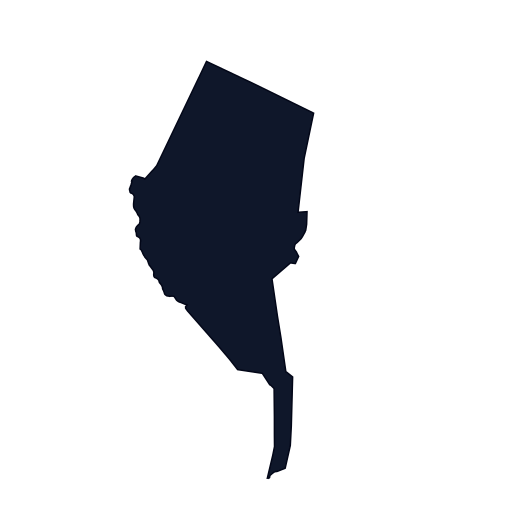 outline of Hwange Urban, Matabeleland North, Zimbabwe, rotated 139°
{"feature_id": "62879985B63106535588765", "entity_name": "Hwange Urban", "entity_type": "district", "adm_level": 2, "iso_a3": "ZWE", "parent_name": "Zimbabwe", "parent_adm1": "Matabeleland North", "projection": "mercator", "projection_center": [26.527, -18.338], "detail": "fine", "context": "isolated", "style": "filled", "palette": "ink", "viewbox_px": 512, "rotation_deg": 139, "n_neighbors": 0, "source": "geoboundaries", "source_scale": "gbopen_adm2", "svg_char_len": 5290}
<svg xmlns="http://www.w3.org/2000/svg" viewBox="0 0 512 512"><g transform="rotate(139 256 256)"><path d="M309.1,148.3L309.3,148.7L309.5,148.9L290.7,178.1L279.3,196.5L258.9,228.3L234.5,228.2L231.5,224.7L231.4,224.7L231.2,224.5L224.1,227.7L223.2,231.7L223.2,231.9L223.0,232.0L222.9,232.3L222.9,232.6L222.6,235.9L222.5,236.1L222.3,236.4L222.0,236.8L221.9,236.9L221.8,237.1L221.6,237.2L219.1,239.1L218.8,239.1L218.6,239.2L218.4,239.2L218.2,239.3L216.1,239.2L210.7,239.5L210.1,239.6L209.7,239.8L209.3,239.9L209.0,240.0L208.7,240.0L203.2,242.0L202.9,242.2L202.9,242.3L202.6,242.4L202.4,242.6L202.1,242.6L201.6,242.8L197.0,246.7L188.4,256.0L195.6,261.4L155.6,298.1L118.8,326.0L144.3,386.5L165.7,435.3L181.9,428.2L182.0,428.2L271.7,389.3L277.4,388.4L277.6,388.4L279.0,388.3L289.5,387.0L289.6,387.9L289.6,388.3L294.3,395.4L294.8,395.4L295.7,395.4L295.8,395.5L297.2,395.5L297.5,395.4L299.0,395.1L299.7,394.8L299.9,394.7L300.2,394.6L300.4,394.4L300.6,394.3L300.5,394.2L300.6,393.8L300.8,393.8L300.8,393.6L301.0,393.4L301.2,393.2L301.8,392.9L301.9,392.7L302.0,392.7L302.3,392.6L302.5,392.4L302.7,392.2L302.8,392.2L303.0,392.1L303.2,391.9L303.4,391.8L303.5,391.7L304.0,391.4L304.3,391.3L304.6,391.0L304.8,391.0L304.8,390.9L305.0,390.8L305.1,390.7L305.6,390.6L305.8,390.4L306.1,390.3L306.4,390.2L306.6,390.1L306.9,389.9L307.1,389.8L307.4,389.7L307.7,389.4L307.9,389.1L308.1,388.8L308.2,388.6L308.3,388.4L308.4,388.2L308.5,387.9L308.7,387.6L309.0,387.1L309.1,386.9L309.2,386.7L309.2,386.2L309.2,385.8L309.0,385.4L308.8,385.2L308.6,384.6L308.4,384.3L308.3,383.9L308.3,382.2L308.5,381.8L308.6,381.4L308.7,381.2L308.8,380.9L309.0,380.6L309.1,380.3L309.1,380.2L309.4,380.2L314.1,375.8L314.6,375.3L314.7,375.1L314.8,374.9L315.5,374.2L315.6,373.9L315.8,373.8L315.9,373.5L316.0,373.3L316.2,373.1L316.3,372.9L316.4,372.6L316.6,372.2L316.8,371.7L316.8,371.4L317.0,370.6L317.0,370.2L317.1,368.7L317.2,367.9L317.3,367.5L317.3,367.1L317.4,366.9L317.5,366.6L317.6,366.3L317.6,366.0L317.9,365.3L318.1,364.8L318.1,362.9L318.2,362.7L318.2,362.2L318.3,361.9L318.6,361.1L318.7,360.9L318.8,360.7L318.9,360.4L319.2,360.1L319.4,359.9L319.5,359.7L319.9,359.2L320.1,359.1L320.5,358.7L320.6,358.4L321.2,357.9L321.5,357.7L321.8,357.5L322.1,357.3L322.8,356.8L323.1,356.7L323.3,356.7L325.1,356.7L325.6,356.6L326.7,356.5L327.1,356.3L327.5,356.3L328.3,355.9L328.7,355.7L328.9,355.5L329.2,355.4L329.5,355.1L329.8,354.9L329.9,354.6L330.2,354.1L330.4,353.7L330.6,353.5L330.7,353.1L330.9,352.7L331.0,352.3L331.3,351.9L331.5,351.5L332.1,350.8L332.3,350.4L332.5,350.1L332.7,349.9L332.8,349.7L332.9,349.2L332.8,348.7L332.7,348.5L332.5,348.1L332.4,347.9L332.3,347.5L332.0,346.6L332.0,345.2L332.4,344.3L332.4,344.2L332.6,343.9L332.8,343.6L333.1,343.3L333.1,343.1L333.3,343.1L333.4,342.9L333.5,342.7L333.8,342.5L334.0,342.5L338.9,337.3L338.9,337.2L338.8,336.9L338.7,336.5L338.6,336.3L338.6,336.0L338.7,335.7L338.8,335.2L338.9,334.8L339.0,334.4L339.2,334.0L339.2,333.7L339.3,333.2L339.5,332.8L339.6,332.5L339.7,332.3L339.9,331.6L340.1,330.8L340.1,330.5L340.2,330.3L340.2,330.0L340.3,329.9L340.3,329.6L340.3,329.2L340.4,328.7L340.5,328.4L340.6,328.1L340.6,325.8L340.5,325.7L340.5,325.0L340.6,324.9L340.6,324.1L340.6,323.9L340.8,323.6L341.0,323.1L341.3,322.5L341.4,322.0L341.6,321.7L341.7,321.4L341.8,321.0L342.0,320.8L342.0,320.5L342.1,320.3L342.2,320.0L342.4,319.7L342.5,319.5L342.5,319.3L342.5,318.7L343.0,312.4L343.1,312.2L343.3,311.8L343.3,311.6L343.5,311.3L343.6,311.1L343.9,310.6L344.3,310.2L344.6,309.8L344.7,309.7L344.9,309.6L345.5,309.0L345.7,308.7L345.8,308.6L345.9,308.3L346.1,308.1L346.2,307.9L346.4,307.4L346.5,307.3L346.5,306.2L346.4,305.9L346.1,305.4L346.0,305.2L345.9,305.0L345.8,304.8L345.7,304.6L345.6,304.4L345.6,304.2L345.3,303.1L345.3,301.3L345.4,301.1L345.5,300.9L345.7,300.7L345.7,300.4L345.9,300.2L346.0,300.0L346.0,299.8L346.1,299.7L346.3,299.3L346.3,297.1L346.4,296.8L346.4,296.5L346.4,296.2L346.4,295.9L346.8,294.7L346.9,294.3L347.6,292.9L347.9,292.7L347.9,292.4L348.1,292.2L348.2,291.9L348.3,291.6L348.3,291.4L348.6,290.3L348.9,289.5L349.0,289.2L349.2,288.8L349.3,288.5L349.4,288.3L349.5,288.1L349.6,287.9L349.7,287.6L349.8,287.3L349.9,287.0L349.9,286.5L349.8,286.3L349.8,286.0L349.6,285.1L349.5,284.8L349.5,284.7L349.4,284.5L349.4,284.4L348.9,283.9L348.8,283.6L348.6,283.5L348.4,283.2L348.1,282.9L347.8,282.4L347.7,282.4L347.6,282.2L347.4,282.1L347.2,282.0L346.6,281.5L346.1,281.2L345.7,280.8L345.3,280.5L345.0,280.1L344.7,279.8L344.6,279.5L344.4,279.3L344.3,279.2L344.9,275.0L344.9,274.6L344.8,274.0L344.7,273.8L344.7,273.6L344.6,273.4L344.6,273.1L344.4,272.3L343.8,271.2L343.7,271.0L343.7,270.9L343.4,270.6L341.0,265.7L340.9,265.7L340.7,265.5L340.6,265.4L340.6,265.2L340.1,264.7L339.9,264.5L339.9,264.1L342.0,263.9L342.5,263.9L343.2,262.9L343.3,262.8L343.4,262.7L343.7,259.5L343.5,212.3L343.7,195.7L344.4,182.3L328.2,163.3L330.1,149.8L329.6,148.6L329.3,144.1L347.7,122.5L359.5,108.9L367.1,100.0L374.1,94.6L393.2,80.9L392.1,80.0L392.1,79.9L391.9,79.9L391.1,79.9L389.5,81.2L387.9,81.2L385.6,81.2L385.4,81.1L384.3,81.1L384.1,81.0L383.4,80.8L383.0,80.7L382.8,80.5L382.6,80.5L382.5,80.3L382.3,80.2L382.0,80.1L381.9,79.9L381.7,79.9L381.6,79.7L381.4,79.6L381.2,79.6L381.0,79.4L380.8,79.4L380.7,79.3L373.2,76.7L354.4,90.5L340.9,104.5L307.7,140.7L309.1,148.3Z" fill="#0f172a" stroke="#020617" stroke-width="1.5"/></g></svg>